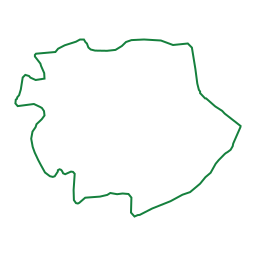 San Rafael Las Flores, Santa Rosa, Guatemala (Robinson projection)
{"feature_id": "79465075B42432820540382", "entity_name": "San Rafael Las Flores", "entity_type": "district", "adm_level": 2, "iso_a3": "GTM", "parent_name": "Guatemala", "parent_adm1": "Santa Rosa", "projection": "robinson", "projection_center": [-90.174, 14.448], "detail": "fine", "context": "isolated", "style": "outline", "palette": "green", "viewbox_px": 256, "rotation_deg": 0, "n_neighbors": 0, "source": "geoboundaries", "source_scale": "gbopen_adm2", "svg_char_len": 1397}
<svg xmlns="http://www.w3.org/2000/svg" viewBox="0 0 256 256"><path d="M240.6,126.0L224.7,113.6L222.2,110.9L215.2,106.4L206.1,98.4L205.1,98.4L200.1,93.1L200.1,91.5L198.9,89.9L197.3,83.6L195.4,69.1L191.9,47.6L187.8,43.5L173.0,45.0L160.9,40.5L144.0,39.5L131.5,40.1L126.0,42.0L121.9,46.0L115.5,49.9L107.1,50.8L95.1,50.6L90.7,49.5L88.4,47.5L86.9,43.5L85.5,42.2L83.9,39.5L80.0,39.5L76.0,41.7L64.7,45.3L58.1,48.7L55.4,52.0L36.0,53.7L34.9,54.9L34.9,56.5L40.4,63.6L41.0,65.8L44.2,73.1L44.5,78.6L35.6,80.0L30.4,77.6L29.0,76.0L25.3,74.9L22.7,77.5L20.8,89.5L19.1,95.2L17.2,97.4L17.0,98.8L15.8,99.6L15.4,103.4L17.7,106.1L33.9,104.0L40.2,107.0L41.9,108.0L44.0,111.1L44.5,115.5L41.7,119.3L36.5,124.2L35.6,127.1L32.5,131.6L31.2,138.7L32.7,146.9L34.7,152.5L38.2,160.0L40.9,165.1L45.0,172.5L49.9,176.2L52.8,176.9L54.7,176.3L57.8,171.6L57.9,170.2L59.5,169.3L60.8,169.7L61.7,170.5L62.6,172.1L63.1,173.3L65.2,174.2L71.0,171.6L73.0,171.9L74.7,173.8L73.6,190.1L73.9,200.1L76.0,203.1L77.9,203.5L79.3,202.8L85.2,197.7L100.0,196.6L107.3,194.9L110.3,193.0L117.1,194.2L122.6,193.5L128.5,194.0L131.4,197.6L131.0,212.6L134.5,216.5L137.7,215.1L139.7,214.9L152.2,208.5L170.5,201.2L182.5,194.7L190.1,192.1L200.1,183.7L205.4,177.2L210.6,172.8L215.7,163.7L218.7,160.1L224.6,154.1L225.3,153.5L226.4,152.7L227.4,152.2L230.6,149.8L232.7,146.2L233.2,143.6L240.4,127.2L240.6,126.0Z" fill="none" stroke="#15803d" stroke-width="2"/></svg>